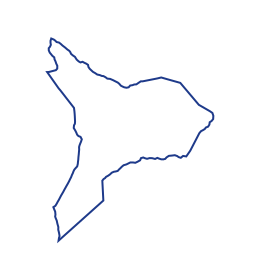 Nova Itarana, Bahia, Brazil (orthographic projection), rotated 171°
{"feature_id": "56859067B79206528521122", "entity_name": "Nova Itarana", "entity_type": "district", "adm_level": 2, "iso_a3": "BRA", "parent_name": "Brazil", "parent_adm1": "Bahia", "projection": "orthographic", "projection_center": [-40.008, -13.045], "detail": "fine", "context": "isolated", "style": "outline", "palette": "blue", "viewbox_px": 256, "rotation_deg": 171, "n_neighbors": 0, "source": "geoboundaries", "source_scale": "gbopen_adm2", "svg_char_len": 2416}
<svg xmlns="http://www.w3.org/2000/svg" viewBox="0 0 256 256"><g transform="rotate(171 128 128)"><path d="M214.1,61.5L213.6,59.2L213.0,56.8L213.2,53.8L213.8,51.9L213.5,50.2L212.9,47.8L212.7,44.4L212.3,41.1L212.8,38.4L212.6,36.3L212.5,34.2L212.5,31.9L213.3,30.4L214.2,27.6L163.7,60.2L161.6,80.0L160.1,81.4L158.5,82.1L157.3,83.2L155.3,83.9L153.2,84.9L151.0,86.4L148.8,87.0L146.9,87.0L144.9,87.2L143.3,88.5L141.8,89.5L140.2,90.7L138.2,91.9L135.2,92.3L133.0,93.0L131.1,93.6L128.2,93.1L126.2,92.5L123.8,93.2L121.1,94.2L119.9,96.2L117.6,96.5L116.0,95.5L114.0,94.6L111.3,94.9L108.8,94.4L106.1,93.2L103.7,93.9L101.9,92.8L100.1,91.9L98.1,91.5L96.0,91.7L94.6,92.9L92.0,94.1L88.9,93.9L86.0,93.8L83.8,92.6L82.5,91.3L80.5,90.3L78.0,91.8L74.9,90.8L70.1,95.8L58.3,111.8L56.3,113.5L54.4,114.1L52.3,115.0L51.0,116.3L48.7,116.8L47.1,118.6L46.4,120.9L44.4,121.8L42.5,123.5L41.8,126.7L42.3,129.7L44.4,131.7L54.4,139.8L58.7,146.9L65.8,158.6L69.3,164.4L81.5,170.0L87.3,172.7L90.8,172.4L92.9,172.3L106.2,171.8L108.0,172.1L110.0,171.2L112.9,169.8L115.1,170.0L116.8,169.6L119.2,169.6L121.0,168.1L123.2,168.0L125.4,168.8L126.9,169.8L128.4,170.9L129.7,173.0L131.0,174.5L132.7,175.7L135.3,177.6L138.0,179.3L140.7,180.0L142.2,181.6L144.1,183.1L145.7,183.5L147.6,184.7L150.0,185.6L151.9,187.4L153.8,188.9L155.3,190.8L156.6,192.5L157.5,194.4L157.6,196.6L159.2,198.1L161.0,199.3L162.5,200.5L164.7,200.2L166.3,201.5L168.0,203.6L169.3,206.6L171.2,208.4L172.7,210.2L173.1,211.9L173.9,213.4L175.6,215.0L177.6,217.4L179.8,219.7L181.2,221.5L182.8,223.2L185.1,224.1L186.3,225.8L187.5,227.0L189.8,228.4L190.9,226.2L191.2,224.2L191.2,222.2L192.4,220.4L193.8,219.2L194.1,217.1L193.5,214.7L192.6,213.2L191.4,211.1L189.8,209.3L189.8,207.2L189.2,205.2L188.8,202.8L188.1,200.5L188.6,197.7L190.2,196.4L197.3,195.7L199.1,195.9L190.3,178.0L189.0,175.9L178.2,156.3L178.3,152.9L178.5,150.1L178.7,148.0L179.0,145.3L179.3,142.6L179.8,140.5L180.9,139.1L181.6,136.5L180.5,133.8L179.8,131.6L179.3,129.4L178.2,127.8L176.3,126.7L175.4,124.1L176.5,121.9L177.5,120.3L178.6,118.4L179.3,116.8L179.6,114.3L180.2,112.0L180.7,109.9L181.5,107.0L182.1,104.4L182.7,102.4L183.2,100.4L184.2,98.0L186.1,96.5L187.5,95.3L188.7,93.6L189.5,92.1L190.7,90.4L191.9,88.3L193.1,86.7L194.6,84.5L196.2,82.4L197.9,80.3L199.3,78.5L200.5,77.0L201.9,75.1L203.3,73.4L204.7,71.7L206.1,69.8L207.5,67.9L209.0,66.1L210.1,64.6L211.9,62.5L214.1,61.5Z" fill="none" stroke="#1e3a8a" stroke-width="2"/></g></svg>